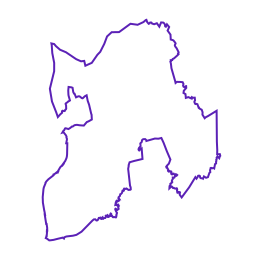 outline of Zaļesjes pag., Zilupes, Latvia, rotated 266°
{"feature_id": "27541924B33285860517164", "entity_name": "Zaļesjes pag.", "entity_type": "district", "adm_level": 2, "iso_a3": "LVA", "parent_name": "Latvia", "parent_adm1": "Zilupes", "projection": "natural_earth1", "projection_center": [28.074, 56.351], "detail": "fine", "context": "isolated", "style": "outline", "palette": "violet", "viewbox_px": 256, "rotation_deg": 266, "n_neighbors": 0, "source": "geoboundaries", "source_scale": "gbopen_adm2", "svg_char_len": 5671}
<svg xmlns="http://www.w3.org/2000/svg" viewBox="0 0 256 256"><g transform="rotate(266 128 128)"><path d="M108.1,215.7L139.0,217.6L134.3,208.6L133.2,206.1L132.4,205.2L136.1,203.2L138.5,203.5L141.1,202.8L142.3,200.8L143.4,200.3L143.3,199.9L146.9,198.9L147.3,197.9L147.2,196.9L147.4,196.7L148.9,196.1L149.8,196.1L150.9,196.8L153.6,196.7L153.7,194.3L153.4,194.1L154.0,193.9L153.9,193.7L154.1,193.6L153.6,193.2L153.8,193.1L153.4,192.5L154.6,190.4L154.0,187.8L157.8,187.7L159.1,185.8L161.3,186.3L163.9,188.9L165.7,188.9L165.7,188.6L164.8,187.1L165.3,186.3L166.4,185.9L168.1,186.4L169.9,185.7L170.3,183.3L170.6,180.0L169.6,178.6L171.5,178.3L184.6,175.5L189.2,175.3L191.4,174.9L191.6,175.1L191.7,175.4L192.1,175.4L191.9,175.7L192.4,176.1L192.7,176.0L192.7,176.9L193.7,177.4L194.2,178.7L197.3,182.7L198.0,183.4L198.2,183.0L198.7,183.0L200.0,183.8L204.1,182.1L205.9,180.9L206.9,180.5L207.7,180.6L208.8,181.3L209.1,181.4L209.9,181.0L212.1,179.5L212.5,178.9L213.3,176.8L218.2,176.9L222.4,174.3L225.9,176.1L228.7,174.1L226.4,172.8L226.8,172.2L228.8,172.0L230.1,171.2L230.7,170.5L231.0,168.4L226.9,166.3L230.5,164.1L229.7,161.3L230.5,159.3L231.4,158.8L231.7,158.3L231.6,157.3L230.8,156.8L230.5,155.9L232.4,154.5L234.6,153.9L234.4,153.2L232.6,150.8L230.3,144.8L231.8,137.7L224.3,125.8L224.7,118.4L220.8,113.5L213.6,110.2L205.9,105.6L203.2,102.6L195.5,96.4L193.1,89.8L198.0,89.0L197.8,85.8L200.3,81.1L207.9,71.4L210.8,65.7L214.6,61.9L216.9,60.2L217.7,57.5L215.9,57.7L208.0,57.7L198.1,58.9L189.8,58.3L172.6,52.8L159.8,54.0L148.6,57.5L143.8,58.8L146.3,61.3L147.8,63.3L149.3,63.3L149.6,63.6L149.8,64.0L149.3,65.4L149.5,66.2L150.6,66.7L150.9,67.3L151.6,67.7L155.0,67.8L156.4,67.4L156.9,67.7L158.0,69.5L158.8,70.4L158.9,70.9L159.5,72.0L164.3,71.0L165.4,70.9L169.5,71.0L173.1,71.6L172.5,74.4L172.0,75.5L167.7,75.9L166.0,76.6L165.9,77.1L162.2,78.3L162.9,80.1L163.1,81.3L162.7,82.2L161.1,83.9L160.8,84.6L160.9,85.0L162.7,87.2L163.5,89.0L157.9,89.7L154.0,90.8L144.7,92.3L143.8,92.6L139.0,92.5L137.4,89.1L136.8,87.3L133.5,84.1L134.1,79.9L134.7,77.4L134.7,76.4L134.5,74.8L133.3,72.9L133.4,72.2L132.1,70.4L131.1,68.5L132.1,65.8L131.9,65.1L130.1,64.1L129.8,63.4L128.0,62.2L128.2,63.0L127.8,63.7L125.0,65.6L123.6,66.1L122.7,65.9L121.7,66.3L120.8,66.3L117.1,65.3L117.0,66.4L106.0,65.4L103.7,65.0L102.2,64.5L99.5,63.1L96.5,60.6L96.4,61.0L95.6,60.3L95.9,60.2L95.1,59.6L95.1,59.4L93.6,57.7L90.4,55.5L90.0,55.6L88.9,55.0L89.3,54.7L88.4,53.9L88.7,53.7L87.3,51.7L86.8,50.4L86.1,50.5L82.4,45.0L80.4,42.8L79.2,41.9L78.9,42.0L74.6,39.9L72.9,39.4L65.0,38.1L59.5,37.9L52.3,38.6L49.4,39.0L47.2,39.2L47.3,38.9L38.0,39.7L38.0,40.1L34.2,40.4L31.6,40.3L31.7,40.0L30.2,39.8L30.1,40.0L26.8,39.5L26.9,39.4L25.5,39.0L23.9,38.3L23.3,39.4L21.4,41.6L21.4,43.0L21.6,45.9L22.4,50.3L23.2,55.2L22.2,56.4L23.4,56.9L23.9,58.3L24.1,59.3L24.4,65.6L25.0,69.1L27.8,74.4L38.1,86.0L39.2,87.5L39.2,89.0L38.0,90.0L37.9,90.5L38.0,90.9L38.5,91.6L40.3,92.6L40.2,93.3L40.5,93.9L39.8,94.2L39.8,94.7L39.2,94.9L39.1,95.2L39.3,95.5L40.2,95.5L40.7,96.3L39.4,96.4L39.1,96.7L39.1,96.9L39.8,97.6L39.8,99.0L40.7,99.7L42.0,99.6L42.2,99.9L42.0,100.7L42.5,101.5L42.0,101.7L40.8,101.5L40.6,101.7L40.6,102.5L41.8,103.5L41.5,104.1L41.4,104.6L42.1,104.6L43.4,104.4L43.9,104.8L43.7,105.1L43.4,105.3L41.8,105.3L41.5,106.0L40.1,106.7L40.0,107.1L40.2,107.9L39.7,109.4L39.7,109.8L40.5,110.2L41.2,110.1L41.9,110.5L42.7,110.4L43.1,110.8L44.1,111.1L45.6,110.3L47.6,109.6L48.2,109.7L48.4,109.9L48.2,110.3L47.0,111.4L47.0,111.7L47.7,112.4L47.7,112.8L47.9,113.0L48.2,113.0L49.6,112.7L50.5,113.2L50.6,112.6L51.4,112.5L51.7,112.6L51.9,113.0L52.3,112.9L52.3,112.7L51.9,112.0L51.9,111.8L52.4,111.4L51.9,111.0L52.2,110.5L52.1,110.0L54.5,110.6L54.8,111.3L55.4,111.0L55.7,111.1L56.3,111.7L55.7,113.0L56.2,114.0L57.6,113.7L57.5,114.5L59.0,113.7L59.5,113.7L60.9,115.3L62.4,115.6L62.6,116.3L63.6,117.4L64.8,117.9L65.4,117.9L65.9,118.2L65.6,119.2L65.8,119.5L66.0,119.6L66.4,119.4L67.3,119.6L67.8,119.9L67.8,120.2L67.5,120.7L67.4,121.2L67.4,121.7L67.8,122.1L67.5,122.7L66.2,124.1L66.2,125.8L66.4,126.3L66.6,126.5L68.6,126.5L70.4,126.0L87.2,125.3L90.3,126.1L90.8,126.0L93.7,127.2L94.7,131.9L96.1,140.3L106.8,140.2L106.2,138.8L104.8,137.8L104.9,137.4L105.2,137.2L106.1,137.0L107.5,137.7L109.0,139.3L111.7,139.2L112.2,139.6L112.6,140.3L113.3,140.8L114.8,141.1L115.4,141.7L115.7,142.2L115.8,143.0L115.7,144.4L114.5,145.5L113.8,145.5L115.6,154.1L115.2,157.6L115.7,160.6L110.7,162.5L102.2,165.1L93.6,168.1L89.6,166.3L87.8,164.3L86.7,163.4L86.3,163.5L86.4,163.8L86.7,164.0L86.3,164.3L85.8,164.4L85.0,164.3L84.0,165.2L83.6,165.3L82.7,164.9L82.1,165.1L81.8,165.5L82.2,165.8L82.2,166.3L82.1,166.8L81.4,167.2L81.5,168.1L80.4,168.4L80.0,168.3L79.6,167.9L79.3,167.9L78.6,168.7L79.3,170.4L77.8,171.5L78.5,172.3L78.6,172.5L78.2,172.9L78.1,173.4L77.7,173.8L76.9,173.0L76.9,172.2L76.6,171.5L75.3,170.8L75.2,170.5L75.5,169.4L75.5,169.2L74.1,169.2L73.0,168.4L72.1,168.0L71.8,168.0L71.0,168.4L70.1,167.6L69.8,166.8L69.3,166.3L68.4,166.5L67.2,165.4L64.9,165.1L66.6,167.2L66.5,167.7L66.1,168.0L65.0,168.7L64.9,168.9L65.1,169.5L64.2,170.8L64.5,172.4L64.3,172.6L63.3,172.8L62.5,172.5L60.1,172.7L59.9,173.1L60.0,173.3L60.7,174.0L60.4,175.2L59.8,175.4L58.9,174.9L57.7,175.0L55.0,176.7L64.6,184.9L74.3,191.8L72.7,192.8L74.2,194.0L75.4,194.6L75.5,194.8L75.5,195.8L75.0,196.4L73.6,196.5L73.1,196.8L72.8,197.3L72.6,198.8L72.2,199.3L74.4,200.4L72.9,202.4L73.4,204.3L77.6,206.1L78.2,207.0L80.3,206.9L80.9,207.3L82.3,207.6L82.4,207.8L82.3,208.7L81.9,209.7L82.2,210.6L81.7,211.2L85.9,212.3L86.5,213.4L88.4,213.5L89.0,213.9L90.2,213.8L90.8,214.3L91.5,214.4L92.2,214.3L93.4,215.3L91.5,216.9L93.1,217.5L93.8,218.1L95.5,217.8L95.6,215.1L99.8,215.5L108.1,215.7Z" fill="none" stroke="#5b21b6" stroke-width="2"/></g></svg>